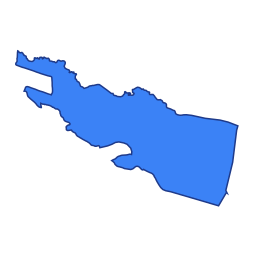 Belmont, Dennery, Saint Lucia (Albers equal-area conic projection), rotated 178°
{"feature_id": "8701671B1177875671821", "entity_name": "Belmont", "entity_type": "district", "adm_level": 2, "iso_a3": "LCA", "parent_name": "Saint Lucia", "parent_adm1": "Dennery", "projection": "albers", "projection_center": [-60.925, 13.95], "detail": "fine", "context": "isolated", "style": "filled", "palette": "blue", "viewbox_px": 256, "rotation_deg": 178, "n_neighbors": 0, "source": "geoboundaries", "source_scale": "gbopen_adm2", "svg_char_len": 6059}
<svg xmlns="http://www.w3.org/2000/svg" viewBox="0 0 256 256"><g transform="rotate(178 128 128)"><path d="M156.8,109.3L149.1,110.8L144.6,112.3L141.1,114.0L137.6,114.4L132.7,113.2L129.5,111.8L126.0,107.8L125.0,104.2L125.4,101.4L127.1,101.8L129.9,101.2L131.3,101.1L134.9,101.0L136.3,100.7L137.4,100.3L138.6,100.0L139.7,99.4L141.4,97.9L142.2,97.4L143.9,96.8L145.4,96.0L144.5,95.3L142.9,93.8L142.5,92.6L142.0,91.9L140.7,90.6L140.2,90.2L139.2,89.8L137.9,89.5L134.7,88.5L133.0,87.6L126.7,86.4L125.3,86.8L124.3,87.2L121.7,89.2L120.8,89.4L120.0,89.4L119.1,89.2L118.0,88.5L115.8,86.0L115.3,85.8L114.9,85.6L114.5,85.6L113.8,86.1L113.0,85.5L110.5,84.1L107.5,82.6L106.5,82.2L105.6,81.7L104.8,81.0L104.2,80.2L103.7,79.7L103.5,78.6L103.1,78.0L102.4,76.9L101.4,74.5L100.5,72.7L99.0,70.0L97.3,67.3L95.3,65.3L92.5,64.0L87.5,62.8L40.2,47.1L32.0,60.0L31.2,59.4L32.4,62.2L24.6,90.1L19.5,122.0L18.1,126.3L27.7,130.4L35.7,132.7L50.5,135.0L63.9,138.4L69.2,139.2L72.5,139.2L73.2,139.0L75.0,138.9L76.0,139.0L76.9,139.2L78.4,139.7L79.3,140.2L79.9,140.9L80.4,142.8L80.7,143.4L81.1,143.8L82.4,144.2L84.7,145.5L87.4,146.5L88.3,146.9L88.6,147.4L88.8,147.7L88.8,149.4L88.8,150.3L89.0,150.7L89.6,151.3L90.4,151.8L91.5,152.0L91.9,152.1L92.2,152.5L92.9,154.0L93.5,154.5L94.4,155.0L94.6,155.2L94.9,155.1L96.8,155.1L97.9,155.4L100.0,158.2L100.4,159.0L101.5,160.3L101.8,160.6L105.0,160.7L105.3,161.0L105.5,161.7L105.2,162.9L105.4,163.1L105.7,163.3L106.5,163.4L107.3,163.7L108.7,165.0L110.4,165.2L110.6,165.3L111.3,166.4L111.6,166.5L111.9,166.4L112.1,166.2L112.9,166.1L113.3,166.6L114.2,167.4L115.5,168.1L117.0,168.4L118.1,168.0L121.0,166.4L122.1,166.3L122.3,166.0L122.1,164.4L122.2,163.6L121.8,163.1L121.1,162.8L120.8,162.5L120.8,161.9L121.1,161.7L121.5,161.0L121.7,160.9L122.5,160.6L123.1,160.6L124.1,160.8L126.3,160.7L126.5,160.9L126.5,161.2L126.3,161.6L125.9,161.7L124.6,162.0L124.4,162.1L124.3,162.4L124.4,162.5L124.9,163.0L125.4,163.1L127.7,163.0L128.0,163.1L128.5,163.3L128.9,164.0L129.3,164.2L129.6,164.4L129.9,164.3L130.1,164.0L130.1,163.5L129.9,163.2L130.0,162.7L131.8,160.8L132.2,160.2L132.7,159.9L133.4,159.8L134.1,159.5L134.4,159.5L137.7,159.9L138.2,160.3L139.1,160.8L139.8,160.8L141.1,161.3L141.8,162.8L141.8,163.0L143.1,163.1L143.7,163.3L147.9,166.8L153.4,171.1L155.0,172.3L155.4,172.4L157.1,172.5L160.1,171.9L160.9,171.7L161.1,171.7L161.3,171.8L161.9,171.8L163.1,171.5L164.5,171.4L165.4,171.1L166.5,170.3L167.3,170.0L170.5,169.1L170.9,169.6L171.8,170.4L172.3,170.7L173.6,171.2L173.9,171.4L174.1,171.8L174.7,173.8L175.4,175.4L175.9,175.8L176.8,176.1L177.0,176.3L177.3,176.7L178.0,178.4L178.4,178.7L178.9,178.9L179.0,179.0L178.9,181.0L178.8,181.9L178.5,182.4L177.8,183.1L177.7,183.5L177.8,183.8L178.0,184.0L178.9,184.1L180.0,184.3L180.3,184.7L180.1,185.3L180.1,185.5L180.3,185.8L180.6,185.8L180.8,185.7L181.2,185.2L181.4,185.2L181.7,185.5L181.9,186.0L182.2,186.2L182.6,186.2L183.7,185.5L184.4,185.4L184.7,185.6L184.8,185.7L184.3,186.7L184.3,186.9L184.8,187.9L185.6,188.3L186.9,188.8L188.7,189.9L189.4,191.3L189.6,191.9L189.3,192.8L188.6,194.3L188.4,195.3L188.5,195.9L188.8,196.5L189.4,197.1L190.4,197.4L191.4,197.4L192.6,197.1L193.3,197.4L194.6,198.1L195.2,198.1L195.6,198.0L196.0,197.7L196.8,196.4L197.5,195.9L197.9,195.8L198.5,196.1L199.1,196.7L199.5,196.8L200.5,196.8L201.2,197.0L201.8,197.4L203.4,197.6L204.1,197.9L204.2,198.1L204.1,198.9L204.2,199.3L204.4,199.6L205.2,200.5L205.5,200.5L206.1,200.4L206.4,200.2L206.7,200.2L207.0,200.5L207.7,200.7L208.0,200.8L209.0,201.6L209.5,201.7L209.7,201.4L209.7,201.1L209.9,200.7L210.3,200.4L210.9,200.1L211.0,200.1L211.2,200.3L211.3,201.4L211.7,201.6L212.0,201.7L213.4,201.7L213.6,201.6L213.8,201.3L214.0,200.6L214.2,200.1L214.6,200.1L215.0,200.5L215.5,200.5L215.6,201.1L215.9,201.3L217.0,200.8L217.3,200.8L217.8,201.2L218.2,201.3L218.7,201.4L219.0,201.3L219.1,201.1L219.0,200.7L219.2,200.4L219.0,199.9L219.6,199.0L220.6,198.2L221.5,197.8L222.8,198.0L224.1,198.3L225.1,198.8L225.3,199.2L225.9,199.6L226.1,199.9L226.3,200.7L226.5,200.9L227.0,201.1L227.1,201.3L227.2,202.1L227.2,202.5L227.4,203.3L228.6,203.9L229.2,204.0L229.4,204.2L229.4,204.7L230.2,205.6L230.5,206.4L230.9,206.6L231.4,207.2L231.6,207.2L233.2,206.9L234.0,207.3L234.3,207.7L234.6,208.4L234.9,208.6L235.5,208.9L235.8,207.3L236.2,202.2L236.5,201.5L236.5,198.9L236.6,198.3L237.5,197.1L237.8,196.6L237.9,196.0L237.9,195.4L237.4,194.8L236.7,194.5L231.4,192.3L230.2,192.0L220.5,188.4L217.0,186.9L215.5,186.4L213.4,185.5L206.3,183.0L203.6,182.3L202.9,182.0L202.6,181.7L202.4,181.2L202.3,178.8L202.2,176.1L202.3,172.7L202.1,170.5L202.1,167.8L202.3,166.1L202.7,165.3L203.6,163.8L204.6,164.3L205.3,164.4L206.9,165.0L211.7,167.0L213.5,167.6L214.2,167.8L216.3,168.6L219.1,169.9L223.6,171.6L225.6,172.5L227.1,172.9L227.6,172.9L228.4,172.7L228.9,172.2L229.2,171.6L229.6,170.5L230.3,169.1L230.5,168.4L229.9,168.4L229.2,168.3L228.7,168.1L228.1,167.5L227.8,166.7L227.3,164.2L227.0,163.3L226.6,162.7L224.3,160.4L220.8,157.3L219.3,155.7L218.3,154.2L217.6,153.4L216.5,152.4L216.0,152.0L214.4,151.5L214.0,151.4L213.9,151.5L213.9,152.2L214.2,152.7L214.1,153.1L214.4,154.3L214.3,155.0L214.3,155.7L212.3,154.8L210.9,154.7L210.6,154.4L209.4,154.4L209.2,154.3L208.7,154.0L207.6,153.8L205.4,153.2L203.7,152.3L202.7,151.4L202.0,151.3L201.7,151.2L199.8,149.7L199.1,149.5L198.0,149.5L196.7,148.7L195.4,147.0L195.4,146.2L195.3,144.8L194.9,144.0L194.7,142.8L194.5,142.4L193.8,141.5L192.8,140.9L192.4,140.4L192.1,139.6L191.9,139.0L191.4,137.8L190.7,137.2L189.7,136.6L186.9,135.6L186.4,135.1L185.9,134.5L185.8,134.1L185.9,133.9L186.0,133.5L186.2,133.3L186.5,133.2L187.1,133.2L188.1,132.8L189.2,132.0L189.7,131.4L189.8,131.2L189.8,130.8L189.6,130.5L189.7,129.1L189.6,128.4L189.4,128.2L188.8,127.8L188.3,127.6L188.0,127.6L185.0,127.9L184.5,127.8L184.3,127.5L184.0,126.8L183.3,126.2L180.7,124.7L179.8,122.8L178.9,121.7L173.3,118.1L170.0,116.2L169.6,116.1L168.7,115.4L167.6,114.7L166.7,113.9L165.6,112.5L164.6,111.9L163.6,111.8L161.4,111.0L161.4,110.9L160.2,110.9L158.7,111.3L158.2,111.4L157.9,111.3L157.5,111.1L157.3,110.9L157.0,110.1L156.8,109.3Z" fill="#3b82f6" stroke="#1e3a8a" stroke-width="1.5"/></g></svg>